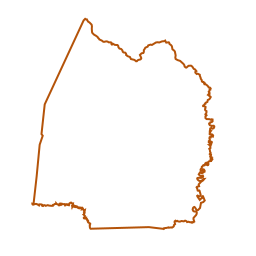 Nhamatanda, Sofala, Mozambique (Mercator projection), rotated 6°
{"feature_id": "85939544B48412147332355", "entity_name": "Nhamatanda", "entity_type": "district", "adm_level": 2, "iso_a3": "MOZ", "parent_name": "Mozambique", "parent_adm1": "Sofala", "projection": "mercator", "projection_center": [34.409, -19.305], "detail": "fine", "context": "isolated", "style": "outline", "palette": "amber", "viewbox_px": 256, "rotation_deg": 6, "n_neighbors": 0, "source": "geoboundaries", "source_scale": "gbopen_adm2", "svg_char_len": 5867}
<svg xmlns="http://www.w3.org/2000/svg" viewBox="0 0 256 256"><g transform="rotate(6 128 128)"><path d="M203.6,214.0L202.6,211.7L202.6,210.5L204.8,207.5L205.2,206.4L205.3,205.1L204.9,204.3L204.4,204.0L202.5,204.1L201.6,203.7L200.8,202.4L201.0,200.8L201.6,199.9L202.3,199.6L203.0,200.1L204.7,202.3L205.5,202.6L206.2,202.3L208.0,200.0L208.4,194.8L210.6,193.8L211.9,192.1L209.7,188.0L209.3,188.0L208.9,188.4L208.8,190.1L207.9,190.7L206.9,192.0L204.2,188.9L203.9,188.3L204.3,187.9L205.8,188.6L206.7,188.3L207.2,187.5L207.2,186.7L205.7,182.9L205.5,182.7L204.3,183.1L203.8,182.9L203.3,181.3L202.4,179.8L202.7,179.3L204.8,178.5L204.2,177.1L204.3,176.5L206.3,173.8L208.1,172.3L209.2,170.7L208.6,170.8L207.0,172.5L205.3,173.3L203.8,172.9L202.5,171.9L202.1,170.9L202.3,170.5L203.1,170.2L206.2,169.9L207.7,168.9L207.8,168.2L207.4,167.5L205.3,168.0L204.3,167.7L203.2,166.7L204.2,164.7L205.6,165.1L206.4,165.1L207.5,164.4L207.8,163.9L208.7,163.5L208.7,162.5L207.9,161.4L207.4,161.2L206.8,161.4L206.8,162.1L206.3,162.8L205.3,163.1L204.7,162.6L204.5,161.6L205.5,160.1L205.5,158.8L206.2,158.4L206.4,157.6L206.9,157.0L208.0,157.2L208.3,157.0L208.5,155.2L209.3,154.4L209.8,154.3L210.3,154.8L210.4,156.5L211.1,156.7L211.5,156.5L211.8,155.7L211.3,153.5L212.3,152.5L213.9,152.2L213.5,151.0L214.7,151.1L215.2,150.2L214.7,149.6L213.6,149.5L213.5,149.0L214.2,148.4L212.7,147.9L212.7,147.6L213.3,147.2L213.4,145.7L213.1,145.3L212.2,145.6L212.0,145.4L212.7,143.9L212.0,142.8L211.7,141.2L211.0,140.2L212.1,139.2L211.8,138.3L211.9,137.3L210.8,136.5L212.0,136.4L212.3,136.0L211.0,134.8L211.7,134.8L212.6,134.4L212.9,133.3L212.6,133.0L212.0,132.9L210.8,133.6L209.9,133.2L209.7,132.7L210.7,131.3L210.0,129.6L210.2,128.6L211.3,128.7L211.5,127.8L212.3,127.3L213.3,127.7L213.5,126.8L213.1,126.1L212.0,125.5L210.3,125.9L209.9,125.7L209.8,124.8L210.2,123.7L210.0,123.1L209.7,123.1L209.7,122.6L210.5,122.6L210.8,122.2L210.0,122.0L209.8,121.7L209.8,119.9L210.4,119.6L210.9,118.9L211.5,119.8L212.0,119.9L213.2,119.3L213.7,117.9L213.6,117.3L213.0,116.8L211.0,117.1L209.6,116.8L209.0,116.6L208.3,115.6L208.2,115.0L209.1,114.4L209.3,113.7L210.6,113.4L211.4,112.5L211.2,110.7L210.2,110.6L209.6,111.2L208.3,110.7L205.2,110.9L204.0,110.0L203.8,108.5L204.8,107.1L204.6,106.9L204.0,107.1L203.5,106.3L204.4,104.7L204.3,103.0L203.0,102.3L202.6,101.2L203.0,99.9L202.9,98.9L202.1,98.7L201.8,98.3L200.4,98.4L200.3,98.2L200.6,97.6L201.4,97.1L201.8,96.1L202.5,95.8L202.5,94.8L204.2,93.8L204.4,91.8L205.9,90.9L207.0,88.8L206.9,88.3L205.5,87.6L205.5,86.2L204.8,87.0L204.1,86.7L205.3,84.9L204.5,83.5L205.1,82.8L205.0,81.8L205.8,81.3L205.6,80.9L206.1,80.2L205.7,79.6L205.3,79.3L204.0,79.3L203.5,78.4L201.9,77.1L200.8,76.5L200.0,76.5L200.1,76.0L199.6,75.3L199.0,75.7L198.3,74.3L197.2,74.4L196.6,73.9L196.3,72.6L195.2,71.4L194.9,70.2L194.1,68.9L193.8,67.5L191.9,66.8L191.4,66.7L190.7,67.1L190.2,66.7L189.2,65.9L189.1,65.4L189.2,64.8L190.0,64.2L188.5,62.7L187.2,62.3L185.5,60.2L184.1,59.4L181.7,59.8L179.8,61.8L179.1,61.8L177.9,61.0L177.5,59.7L176.5,58.5L172.8,55.8L170.3,55.3L168.2,54.4L167.7,53.0L167.8,50.8L166.6,47.0L165.7,46.1L164.0,45.1L163.1,42.1L162.2,41.1L160.5,40.1L160.1,39.0L159.6,38.5L157.1,39.1L155.8,37.2L155.2,37.8L152.8,38.3L150.1,39.7L148.6,39.6L146.9,40.0L143.1,42.9L141.8,42.7L139.5,43.7L139.0,45.1L137.0,46.2L136.6,46.8L136.3,47.7L135.6,48.9L135.8,50.7L135.4,51.8L133.7,52.3L132.2,54.1L133.7,56.6L133.9,57.4L133.6,58.1L133.2,58.5L131.2,59.2L130.4,59.8L129.9,60.6L129.1,60.8L127.3,59.6L123.7,59.1L122.5,57.2L119.8,56.5L119.2,55.8L118.5,55.6L118.3,54.3L117.5,53.4L115.6,53.3L114.8,52.7L114.3,51.4L113.4,50.5L112.8,50.1L111.2,49.9L110.1,48.8L109.7,47.4L108.9,46.6L106.2,46.7L104.2,45.8L103.6,46.6L103.2,46.7L102.8,46.3L102.5,44.9L102.0,44.6L99.8,44.8L98.7,44.2L97.3,44.1L95.3,44.8L94.4,44.8L92.8,43.8L90.2,42.9L89.8,42.2L88.9,41.6L88.3,40.7L86.3,39.5L84.6,38.8L82.7,37.3L82.2,36.4L81.6,33.0L81.5,30.6L81.0,29.0L78.7,27.1L77.1,26.3L75.7,24.3L75.2,24.5L74.0,23.9L72.6,25.7L42.7,113.2L42.6,143.1L44.0,144.6L41.9,153.8L42.2,185.7L42.0,213.2L40.8,213.2L41.0,213.9L41.6,214.2L43.9,213.2L45.1,213.1L45.8,213.5L46.9,213.5L47.1,214.1L47.6,214.3L47.7,213.5L48.2,213.1L50.0,213.1L50.6,213.3L50.6,214.2L51.4,214.5L51.7,214.5L52.6,213.5L53.4,213.5L54.3,214.0L56.3,213.1L57.4,213.4L60.1,213.4L61.4,213.2L61.5,212.3L62.3,212.1L63.0,211.3L64.4,211.0L64.4,210.4L65.1,211.1L66.1,211.3L67.5,212.2L67.9,212.0L67.3,211.2L68.3,210.2L69.2,210.2L68.8,211.0L69.0,211.3L69.4,210.9L69.8,211.1L70.0,210.4L70.4,210.3L71.0,210.6L72.9,210.3L73.5,211.6L73.8,211.5L74.0,210.6L74.5,210.3L75.0,210.3L75.6,210.8L77.4,211.0L77.5,210.7L76.9,210.2L77.3,210.2L77.6,209.2L78.6,208.3L79.4,208.2L79.6,208.5L80.3,208.7L80.8,209.5L81.2,209.2L81.2,210.1L81.6,210.3L80.5,211.1L80.7,211.8L80.8,211.4L81.1,211.3L81.1,211.7L81.6,211.6L81.5,212.0L81.9,211.7L82.1,211.9L82.9,211.7L82.9,212.0L83.4,212.1L83.9,211.7L83.9,211.1L84.8,211.2L85.2,211.4L84.6,211.6L84.6,211.9L85.4,211.6L85.5,212.1L86.8,212.1L86.9,212.8L88.0,213.0L88.4,212.9L88.7,212.2L89.4,212.7L89.9,212.2L90.7,212.0L91.4,212.6L91.0,213.6L91.8,213.3L92.9,214.7L93.7,214.1L93.6,215.3L93.0,216.2L93.7,216.9L93.2,217.4L93.4,218.5L92.9,218.8L94.4,220.0L94.1,221.3L93.4,221.8L93.4,222.0L93.6,222.4L95.1,222.6L95.3,222.4L95.1,221.8L95.7,221.6L95.7,222.2L96.6,222.6L97.1,224.1L97.7,224.0L98.1,224.5L98.2,225.1L98.0,225.6L98.2,226.0L100.4,227.0L100.5,227.4L100.0,228.5L100.3,228.9L100.3,230.3L100.8,231.6L101.3,232.1L159.1,224.4L173.6,224.6L173.8,224.3L174.2,224.6L175.2,223.6L176.3,223.5L178.7,222.6L179.0,222.9L181.5,222.3L182.1,222.5L183.3,221.6L183.8,221.0L183.8,219.8L184.9,218.7L184.1,216.6L184.2,215.9L184.9,215.2L185.8,215.7L186.7,215.2L187.7,215.7L189.4,215.7L190.9,214.9L193.3,215.0L194.2,214.3L194.9,214.2L196.0,214.7L196.6,215.4L197.9,214.9L199.8,215.3L200.7,215.0L201.3,215.5L201.9,215.4L202.2,214.8L203.1,214.8L203.3,214.1L203.6,214.0Z" fill="none" stroke="#b45309" stroke-width="2"/></g></svg>